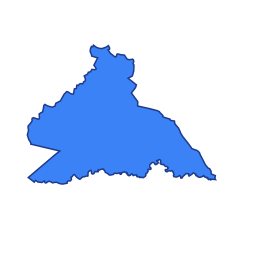 Young, Río Negro, Uruguay, rotated 194°
{"feature_id": "84410073B75635115155614", "entity_name": "Young", "entity_type": "district", "adm_level": 2, "iso_a3": "URY", "parent_name": "Uruguay", "parent_adm1": "Río Negro", "projection": "albers", "projection_center": [-57.732, -32.654], "detail": "fine", "context": "isolated", "style": "filled", "palette": "blue", "viewbox_px": 256, "rotation_deg": 194, "n_neighbors": 0, "source": "geoboundaries", "source_scale": "gbopen_adm2", "svg_char_len": 5510}
<svg xmlns="http://www.w3.org/2000/svg" viewBox="0 0 256 256"><g transform="rotate(194 128 128)"><path d="M124.7,81.6L124.5,81.3L123.9,81.3L123.7,81.4L123.7,81.6L123.3,81.8L123.2,82.3L123.2,82.6L123.3,82.9L123.3,83.2L123.1,83.4L122.3,83.6L121.8,84.2L121.2,84.5L120.6,84.3L120.2,84.5L119.1,84.7L118.4,84.4L117.9,84.0L118.3,83.4L117.5,83.3L117.3,83.0L117.1,82.5L116.9,82.6L116.6,82.6L116.1,82.0L115.9,82.0L115.6,82.2L115.4,82.0L114.7,82.4L114.1,83.0L114.1,83.3L114.1,83.5L113.4,84.2L113.1,84.4L112.7,84.3L112.3,83.9L111.9,83.5L111.5,83.1L111.3,83.1L110.6,83.7L109.4,84.3L108.6,84.5L108.2,84.5L108.0,84.4L107.7,83.5L107.9,83.4L107.5,83.0L107.2,82.9L106.5,83.1L105.4,83.3L105.0,83.0L104.9,83.1L104.4,82.8L104.2,82.9L104.0,83.1L103.9,83.4L103.6,83.5L103.3,83.5L102.8,83.3L102.1,83.6L101.6,83.4L101.3,83.4L99.9,84.8L99.4,85.6L99.2,86.7L99.3,86.9L99.5,86.9L99.6,87.1L99.5,88.3L99.1,88.6L98.6,88.9L98.3,90.4L98.0,91.1L98.5,92.0L98.6,92.4L98.5,92.7L97.8,93.1L97.0,93.0L96.4,93.2L95.8,93.9L96.0,94.6L96.1,94.8L96.4,95.0L96.9,95.0L97.2,95.2L97.8,96.5L97.9,97.4L97.8,97.9L96.3,100.1L95.5,100.7L94.3,100.6L93.7,100.2L93.5,99.7L93.1,99.5L92.8,99.1L92.6,99.1L92.1,99.2L91.7,99.7L91.3,99.9L90.4,100.9L90.4,102.0L90.9,102.2L91.2,102.5L92.2,102.9L92.3,103.2L92.3,103.4L91.8,103.3L91.4,103.4L91.3,103.6L90.8,104.0L90.6,104.5L90.0,104.9L89.1,104.8L88.5,104.2L88.2,103.7L88.1,103.2L87.9,102.9L88.0,102.7L88.3,102.6L88.2,101.5L87.7,101.1L86.9,100.8L86.3,100.9L85.8,100.8L85.3,101.3L85.0,101.3L84.8,101.1L84.4,101.1L84.2,100.9L83.1,100.1L82.7,99.9L82.0,99.8L81.5,100.0L80.9,100.0L80.6,99.9L80.3,99.6L80.0,99.5L79.8,99.1L79.5,99.2L79.4,98.8L79.4,98.5L79.7,97.8L79.8,97.4L80.1,97.2L80.6,97.0L81.1,96.9L81.3,96.9L81.7,96.6L81.6,95.9L81.3,95.5L81.0,95.1L80.5,94.9L79.9,94.9L79.0,95.4L79.0,95.7L78.2,96.3L77.5,96.5L76.7,96.4L76.1,96.5L75.9,96.6L75.7,97.0L75.1,97.2L74.9,97.2L74.1,96.8L73.8,96.6L73.7,96.1L72.9,95.3L72.7,94.9L72.7,94.5L72.1,94.0L72.3,93.1L72.4,92.9L72.2,92.5L72.1,92.3L71.6,91.9L70.8,91.9L69.0,92.2L68.7,92.3L68.1,92.9L67.6,93.1L66.3,94.5L66.1,94.4L65.8,93.9L65.1,93.6L65.0,93.2L64.9,92.6L64.8,92.4L64.5,92.2L64.0,92.3L63.4,92.7L63.4,93.2L63.1,93.5L63.0,94.2L62.6,94.8L62.4,95.4L62.2,95.5L62.0,95.9L61.8,95.9L61.4,96.7L60.5,97.8L60.2,98.0L59.7,97.9L59.0,98.2L58.2,98.3L57.9,98.1L57.9,97.6L57.9,97.2L57.6,97.0L57.3,96.2L57.0,96.2L56.8,96.3L56.7,96.7L56.2,97.2L54.9,98.4L54.4,99.4L53.7,100.3L53.2,100.3L52.3,99.7L51.8,99.8L51.2,99.7L50.9,99.2L51.0,98.9L50.9,98.7L50.6,98.7L50.4,98.2L49.9,98.1L49.6,98.2L49.1,98.2L48.6,97.6L47.9,97.5L46.3,97.5L43.7,99.1L43.2,100.2L42.9,100.1L42.9,99.6L42.0,99.5L41.8,99.4L41.4,98.9L40.8,99.0L40.4,98.9L40.3,99.1L40.1,99.2L39.7,99.0L39.7,98.7L39.3,98.6L39.2,98.7L39.2,98.9L39.0,99.1L38.6,99.0L38.5,98.4L38.0,97.8L37.4,97.5L37.1,98.0L36.8,98.1L36.0,97.7L35.9,97.7L35.8,98.1L35.7,98.2L35.6,97.9L35.2,97.7L35.0,97.8L34.9,98.1L34.6,98.1L34.1,98.6L33.6,98.8L33.3,98.7L32.7,98.8L31.3,99.1L30.6,99.1L31.5,100.2L31.7,102.9L36.2,103.6L36.6,104.8L36.9,106.1L38.9,108.2L40.4,108.4L43.8,110.8L51.6,119.7L52.8,121.5L55.5,122.9L60.9,123.4L65.6,127.4L72.8,132.9L75.5,135.6L78.0,139.0L79.1,140.2L82.2,142.4L83.6,143.5L84.6,146.0L88.6,145.7L89.5,146.8L95.8,147.1L97.0,147.4L97.2,148.6L101.1,150.9L101.4,151.4L103.8,151.9L111.5,152.0L124.0,151.7L124.9,155.9L133.2,162.8L130.5,168.9L130.3,171.9L140.0,176.3L136.4,179.4L136.2,184.3L137.4,190.4L138.7,191.7L138.5,194.0L139.3,195.5L140.1,195.9L143.2,194.6L144.9,194.5L146.2,195.1L149.1,197.9L152.6,197.4L155.6,197.4L156.5,197.1L156.8,194.4L157.3,194.0L158.8,194.2L163.1,196.2L166.2,198.9L165.0,200.0L165.1,201.0L166.9,203.2L169.0,201.0L172.4,198.8L175.2,198.3L178.0,198.6L181.6,200.0L181.7,198.3L183.2,198.3L183.6,196.0L183.3,193.2L181.1,190.2L180.6,189.0L174.4,188.7L176.3,180.7L173.5,178.3L173.3,177.3L174.3,176.6L177.3,176.1L177.9,173.5L180.0,172.5L180.2,170.6L183.1,167.9L181.8,166.3L181.0,164.7L181.1,163.0L182.3,161.9L182.5,160.0L185.1,159.5L185.9,158.6L186.5,157.2L187.9,157.3L188.0,156.4L187.6,153.9L189.5,153.0L189.2,148.6L189.4,147.5L191.9,147.4L194.8,148.5L196.3,148.5L198.2,145.2L200.2,137.8L204.0,134.6L204.2,131.5L206.7,129.8L211.6,130.0L214.3,130.8L215.1,129.6L214.9,127.3L214.7,123.0L216.1,121.8L217.6,120.2L216.3,116.1L216.7,114.9L222.4,115.1L223.3,114.2L223.2,112.7L222.7,111.7L223.7,109.1L225.4,105.8L225.0,104.0L224.2,102.4L223.9,100.8L224.0,96.9L221.4,92.7L218.9,90.3L218.4,88.8L188.6,89.2L192.3,84.4L212.8,55.8L205.8,52.8L205.1,54.7L204.4,54.7L202.4,53.8L198.3,54.3L196.4,56.3L195.2,54.8L194.3,54.8L192.0,57.2L189.7,57.1L188.0,56.5L184.5,58.1L180.6,57.5L177.8,57.8L173.7,59.7L173.9,60.5L173.9,61.1L173.6,61.8L173.1,62.2L171.0,62.8L170.4,64.4L170.5,64.6L171.1,65.8L171.2,66.6L170.7,66.8L170.4,67.4L169.7,69.1L169.3,69.7L168.9,69.9L168.4,69.7L166.8,68.4L166.1,68.1L165.7,67.7L162.8,66.6L162.3,66.7L161.6,67.3L161.1,68.5L159.6,69.8L158.2,70.3L157.8,70.7L156.7,71.3L155.4,71.6L155.3,72.1L155.9,74.7L155.9,75.7L155.8,76.1L154.8,77.1L154.2,77.9L153.7,77.9L153.2,77.3L152.4,75.3L152.1,75.0L151.8,74.8L151.2,74.8L150.2,75.3L150.0,75.6L149.9,76.3L149.7,77.0L149.3,77.9L148.5,77.8L147.1,78.2L146.6,78.2L146.4,78.4L146.3,78.7L146.8,79.2L147.0,79.7L146.9,80.1L146.6,80.3L145.6,80.2L145.4,80.4L144.1,81.5L141.8,82.2L141.5,82.0L141.4,81.6L140.9,81.2L139.7,80.5L139.6,79.8L139.3,79.5L137.1,79.0L134.8,77.9L134.3,77.9L132.7,78.5L132.1,78.9L131.4,79.1L130.8,79.7L130.5,80.4L130.0,80.9L129.5,81.0L128.3,81.1L127.5,81.2L127.0,81.6L126.8,81.6L126.4,81.9L125.4,82.4L124.7,82.5L124.5,82.2L124.7,81.6Z" fill="#3b82f6" stroke="#1e3a8a" stroke-width="1.5"/></g></svg>